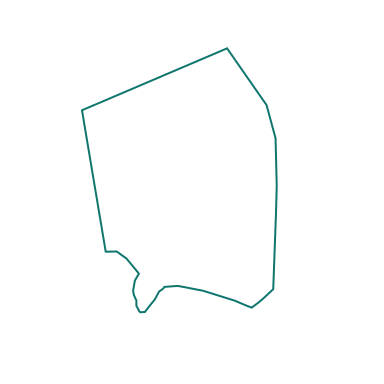 Al-Kharga Oasis, Al Wadi at Jadid, Egypt, rotated 146°
{"feature_id": "37247803B20145410144228", "entity_name": "Al-Kharga Oasis", "entity_type": "district", "adm_level": 2, "iso_a3": "EGY", "parent_name": "Egypt", "parent_adm1": "Al Wadi at Jadid", "projection": "robinson", "projection_center": [32.312, 25.153], "detail": "fine", "context": "isolated", "style": "outline", "palette": "teal", "viewbox_px": 384, "rotation_deg": 146, "n_neighbors": 0, "source": "geoboundaries", "source_scale": "gbopen_adm2", "svg_char_len": 801}
<svg xmlns="http://www.w3.org/2000/svg" viewBox="0 0 384 384"><g transform="rotate(146 192 192)"><path d="M82.6,291.5L237.5,321.3L296.9,190.8L296.4,190.4L287.7,184.8L285.3,178.2L285.2,178.1L285.1,177.8L285.0,177.4L284.8,176.9L283.5,173.6L283.5,173.3L283.5,173.1L283.4,172.1L282.4,162.2L281.7,154.0L288.9,150.5L296.1,143.0L297.8,139.1L298.8,133.1L301.7,128.8L301.7,128.1L301.8,127.9L302.4,122.5L302.4,122.4L302.3,122.2L302.2,122.0L302.2,121.9L302.2,121.7L302.1,121.4L302.1,121.2L298.2,118.9L289.9,121.6L282.9,123.7L274.9,127.9L269.9,128.0L268.0,128.8L256.3,122.1L250.7,116.6L238.0,103.9L217.4,78.1L210.1,66.9L207.1,62.7L206.7,62.8L198.3,63.2L198.2,63.2L190.0,64.2L189.9,64.3L179.0,66.0L133.1,129.0L118.2,149.9L92.7,189.8L81.6,222.3L82.6,291.5Z" fill="none" stroke="#0f766e" stroke-width="2"/></g></svg>